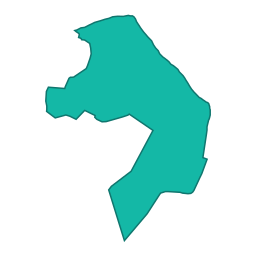 outline of Obanliku, Cross River, Nigeria
{"feature_id": "59680162B73921161942586", "entity_name": "Obanliku", "entity_type": "district", "adm_level": 2, "iso_a3": "NGA", "parent_name": "Nigeria", "parent_adm1": "Cross River", "projection": "mercator", "projection_center": [9.31, 6.471], "detail": "fine", "context": "isolated", "style": "filled", "palette": "teal", "viewbox_px": 256, "rotation_deg": 0, "n_neighbors": 0, "source": "geoboundaries", "source_scale": "gbopen_adm2", "svg_char_len": 1693}
<svg xmlns="http://www.w3.org/2000/svg" viewBox="0 0 256 256"><path d="M80.9,27.9L76.8,30.0L74.8,30.5L76.2,31.7L78.8,33.4L79.3,34.6L78.6,37.5L80.4,38.1L81.3,38.8L81.6,39.7L84.6,40.0L89.7,43.4L90.7,48.2L91.2,53.9L90.1,58.2L89.1,61.1L87.5,65.7L86.2,68.6L73.5,77.2L70.3,77.3L69.0,78.3L65.2,86.9L64.8,88.5L48.4,87.2L46.4,91.4L45.8,101.1L46.8,106.1L46.8,108.2L46.8,109.2L46.6,111.4L55.2,117.9L65.9,115.0L69.8,116.2L76.1,119.3L84.7,110.4L95.1,115.5L94.8,117.3L96.8,119.3L102.0,121.8L106.2,121.6L122.6,116.9L128.0,115.1L129.2,114.1L153.0,130.4L131.1,171.3L111.4,186.3L108.7,189.9L124.4,240.6L132.9,230.6L147.1,213.8L159.4,194.8L160.6,193.1L165.3,191.6L168.3,191.6L180.1,192.3L182.5,193.1L188.0,193.7L190.8,193.4L192.6,192.2L193.9,190.4L199.9,177.5L201.8,173.6L207.1,159.2L202.9,157.6L206.5,133.7L207.0,130.0L207.0,126.8L208.6,120.1L209.2,119.0L209.7,117.1L210.2,115.0L210.2,112.9L210.2,109.8L209.7,108.3L209.7,106.7L209.2,105.2L208.7,103.6L207.7,102.6L206.2,102.1L204.7,101.0L203.2,100.0L201.5,98.7L201.1,98.4L199.1,97.4L197.9,96.1L195.6,93.7L194.0,92.1L191.5,89.1L189.5,86.0L188.0,83.4L187.0,81.8L186.0,80.3L184.5,77.7L183.9,76.9L183.0,75.6L181.4,74.0L179.4,72.0L177.9,69.4L175.4,67.3L173.4,65.7L170.8,64.2L168.8,61.6L166.8,60.0L164.8,58.4L162.7,56.9L159.7,53.8L159.2,52.8L158.2,50.7L155.7,48.1L153.6,45.0L151.6,40.8L147.6,36.7L146.3,35.1L143.6,32.0L140.5,27.8L139.0,25.4L138.5,24.7L136.5,21.6L135.5,19.0L134.0,16.9L132.5,15.9L130.4,15.9L128.4,15.4L126.3,15.8L125.8,15.9L123.3,16.4L119.2,16.3L117.2,16.3L112.6,16.8L109.0,18.3L104.9,19.3L104.3,19.5L100.3,20.8L94.7,22.4L91.7,23.9L88.9,25.2L87.6,25.9L85.0,27.2L84.8,27.3L84.5,27.4L80.9,27.9Z" fill="#14b8a6" stroke="#0f766e" stroke-width="1.5"/></svg>